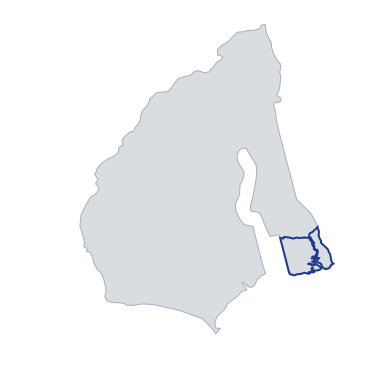 Senegal, with Ziguinchor highlighted, rotated 255°
{"feature_id": "SEN-775", "entity_name": "Ziguinchor", "entity_type": "Region", "adm_level": 1, "iso_a3": "SEN", "parent_name": "Senegal", "parent_adm1": "", "projection": "natural_earth1", "projection_center": [-16.415, 12.748], "detail": "fine", "context": "in_parent", "style": "outline", "palette": "blue", "viewbox_px": 384, "rotation_deg": 255, "n_neighbors": 0, "source": "natural_earth", "source_scale": "10m", "svg_char_len": 5726}
<svg xmlns="http://www.w3.org/2000/svg" viewBox="0 0 384 384"><g transform="rotate(255 192 192)"><path d="M292.8,175.4L297.2,184.2L296.3,188.4L295.3,194.5L297.8,198.9L300.7,201.9L302.8,204.5L305.1,208.2L305.5,215.5L305.1,220.8L306.6,223.2L307.9,226.2L307.7,228.7L306.8,231.0L304.1,233.9L303.6,239.4L308.2,246.0L311.1,249.7L311.1,251.7L311.9,254.0L314.1,256.7L315.4,256.0L316.8,253.9L317.5,252.4L321.4,253.0L323.2,253.7L325.7,258.1L326.6,260.9L327.3,264.6L329.9,269.1L332.2,272.3L332.7,274.3L334.7,277.0L333.5,283.0L333.6,286.0L332.3,294.1L332.0,297.9L332.1,299.3L335.2,302.2L334.9,306.2L331.8,305.5L326.3,305.0L315.4,307.2L311.6,306.3L304.5,306.6L299.4,307.7L292.9,310.4L287.9,309.7L285.2,307.6L281.6,307.8L277.5,306.7L273.2,304.7L269.3,303.6L265.1,299.9L263.1,299.3L261.7,300.2L260.5,301.5L259.3,302.2L257.0,301.6L256.1,299.1L256.9,296.6L257.1,294.8L256.0,293.8L253.4,293.4L249.2,293.4L242.5,292.7L240.9,292.2L225.9,291.6L210.3,291.5L197.0,291.4L180.3,291.4L168.6,291.3L157.6,291.2L149.1,296.2L140.0,301.6L127.6,304.4L113.4,303.3L108.9,304.1L104.2,306.5L100.8,308.2L95.9,309.3L89.6,308.4L87.0,308.9L85.4,306.5L83.6,302.5L84.8,299.6L88.6,297.8L94.4,295.3L97.4,296.6L99.2,296.6L99.5,295.1L99.0,294.2L94.6,292.1L92.3,289.3L90.5,291.0L88.8,294.4L87.5,295.4L85.5,296.4L84.4,294.0L83.9,291.8L84.8,290.0L84.4,280.2L84.9,274.9L84.6,270.3L87.4,267.3L90.0,265.5L100.1,265.3L109.5,265.1L118.6,265.2L127.9,265.3L128.8,256.2L131.7,255.4L136.1,254.5L144.2,253.4L153.3,252.3L155.3,250.5L156.8,247.5L157.7,244.7L159.6,243.6L162.2,244.5L165.5,245.9L169.0,248.1L172.9,250.2L175.6,251.5L181.9,254.7L192.8,259.2L201.7,261.0L212.5,257.7L220.3,255.6L221.2,251.7L220.0,247.8L214.2,244.3L206.3,244.7L203.9,245.6L200.2,246.8L198.0,247.3L194.3,246.4L189.6,243.4L186.6,240.3L182.4,238.9L177.5,237.4L169.6,231.1L165.5,230.0L161.6,229.7L154.1,230.9L146.8,234.3L142.9,242.0L135.6,241.8L120.1,241.6L105.8,241.4L94.0,241.9L92.8,236.3L90.0,231.9L85.5,228.1L84.5,224.6L86.0,221.6L90.4,219.0L91.4,217.2L89.1,217.5L85.6,219.1L83.3,219.2L83.0,214.4L79.2,208.1L74.9,197.5L70.0,193.2L65.9,184.6L61.6,181.3L57.6,179.8L54.2,180.1L53.0,184.0L48.8,178.4L54.6,176.3L66.8,169.3L81.0,149.0L93.6,125.0L95.3,119.4L96.8,115.1L97.8,105.3L99.6,99.5L101.3,98.3L103.5,93.9L106.1,86.0L109.0,81.7L112.3,80.8L114.8,81.2L116.6,82.8L122.0,83.8L130.8,84.2L137.6,83.0L142.4,80.3L148.8,78.9L156.6,78.9L160.7,77.7L161.1,75.5L162.2,74.8L163.8,75.7L165.3,75.3L166.8,73.7L168.2,73.6L169.7,75.0L176.2,75.4L187.9,74.9L198.8,79.0L208.7,87.8L213.9,93.6L214.2,96.6L215.9,99.5L218.8,102.5L221.6,103.1L224.0,101.2L225.9,101.4L227.4,103.7L230.2,104.1L233.3,102.7L235.6,103.2L236.0,104.6L236.5,105.3L238.1,105.6L240.1,107.4L243.0,112.0L245.4,118.5L247.2,126.9L249.6,131.4L252.6,132.2L254.3,133.9L254.7,135.9L255.6,137.2L257.0,138.0L259.5,137.5L262.5,140.4L265.6,146.5L266.2,149.3L265.7,150.7L265.9,151.8L268.0,152.9L270.0,154.9L271.6,157.9L275.1,160.6L280.5,162.9L284.4,166.4L286.8,171.1L291.8,175.0L292.8,175.4Z" fill="#d9dde1" stroke="#a8b0b8" stroke-width="1"/><path d="M88.8,264.9L90.8,264.9L98.5,265.0L105.6,265.1L115.9,265.2L121.9,265.2L124.9,265.3L124.5,266.1L123.7,267.2L123.5,267.8L123.5,268.3L123.8,268.5L124.1,268.6L124.5,268.8L124.7,269.1L124.7,269.5L122.9,274.0L120.8,277.8L120.7,278.4L120.8,279.0L121.0,279.9L120.9,280.5L120.8,281.6L120.7,282.0L120.6,282.3L120.1,282.8L119.8,283.2L119.7,283.5L119.3,286.9L119.1,287.4L119.1,288.1L119.1,288.6L118.8,288.6L118.8,289.0L118.3,290.3L118.1,290.7L117.9,292.5L116.6,293.5L114.7,293.8L114.2,294.1L113.2,294.8L112.9,295.0L112.4,294.9L111.3,294.6L109.6,294.6L109.0,294.7L108.1,295.1L107.7,295.3L107.1,295.3L105.6,295.0L105.1,295.1L104.4,295.6L104.0,295.7L103.9,296.0L103.6,296.5L103.3,297.2L102.9,297.5L101.0,296.8L99.4,295.8L98.7,295.1L98.4,294.4L98.2,294.3L97.8,294.1L97.4,293.9L97.1,293.5L97.2,292.9L97.5,292.4L97.9,292.1L98.4,292.0L98.4,291.6L97.7,291.6L97.2,291.1L97.0,290.5L96.8,289.7L96.5,294.2L96.1,294.2L95.5,293.3L93.8,291.6L93.6,290.5L93.1,291.0L92.7,291.6L92.3,292.1L91.5,292.3L91.0,292.2L90.6,291.8L90.4,291.2L90.5,290.5L91.1,289.1L92.0,288.0L92.7,286.8L92.4,284.9L92.2,286.3L92.0,286.8L91.8,287.2L91.6,287.5L91.4,287.6L90.4,288.6L90.0,289.2L89.8,289.9L89.8,291.0L90.1,292.9L90.0,293.8L88.6,294.5L86.6,296.5L85.0,297.1L84.2,296.5L83.8,295.1L83.7,293.3L84.0,291.3L84.7,289.4L85.9,288.4L87.5,289.0L87.6,288.2L87.0,287.6L86.0,287.4L85.2,287.7L84.2,289.0L83.7,289.5L83.1,289.3L83.4,288.9L83.5,288.4L83.4,287.9L83.1,287.5L84.1,285.9L84.3,285.1L84.1,284.1L83.7,284.1L83.5,284.7L83.2,285.0L82.9,284.8L82.8,284.0L82.9,283.3L83.2,282.6L84.8,279.8L85.0,279.1L85.0,278.4L84.7,277.1L84.7,276.5L84.8,275.4L85.2,273.1L85.3,271.6L85.3,270.8L85.1,270.3L85.1,269.0L85.3,268.4L85.6,268.0L86.3,267.2L86.5,266.6L87.2,265.3L88.8,264.9ZM121.4,304.4L120.5,304.3L117.6,303.1L115.9,303.0L112.4,303.7L112.1,303.8L111.9,304.0L111.7,304.1L111.3,304.0L110.3,303.6L109.8,303.5L109.3,303.6L106.1,305.6L102.4,307.9L101.0,308.5L98.6,308.6L96.2,309.3L95.3,309.3L89.0,308.8L87.3,309.3L86.2,310.1L85.9,309.4L85.7,308.7L85.5,307.6L85.2,307.2L84.5,306.7L83.4,305.5L83.0,304.8L82.8,304.1L82.8,301.8L82.9,301.3L83.3,300.9L83.4,300.4L83.8,299.8L86.1,298.2L87.1,298.2L88.6,298.3L90.1,297.2L90.6,296.7L90.9,296.3L91.1,295.8L91.4,295.3L93.2,293.8L94.0,294.9L94.7,297.0L95.3,297.5L95.4,296.6L95.8,296.0L96.7,295.7L97.6,295.9L99.1,296.9L100.5,297.4L102.1,298.2L102.9,298.3L103.8,297.8L104.9,296.2L105.7,295.7L106.8,295.7L107.8,296.1L108.7,296.2L109.7,295.5L110.3,295.2L110.6,295.7L110.9,296.4L111.2,296.8L114.8,295.3L115.6,295.0L116.8,295.0L117.5,294.7L118.1,294.2L118.8,293.8L119.8,293.8L120.6,294.3L121.8,295.5L121.8,295.8L121.9,297.2L122.6,298.8L123.5,300.2L123.9,301.4L125.4,303.8L125.6,304.2L125.1,304.1L121.4,304.4Z" fill="none" stroke="#1e3a8a" stroke-width="2"/></g></svg>